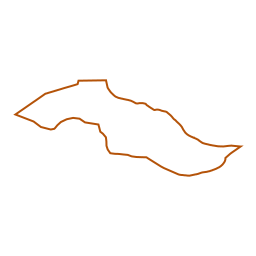 Goeree-Overflakkee, Zuid-Holland, Netherlands (Natural Earth projection)
{"feature_id": "6326949B86973189891179", "entity_name": "Goeree-Overflakkee", "entity_type": "district", "adm_level": 2, "iso_a3": "NLD", "parent_name": "Netherlands", "parent_adm1": "Zuid-Holland", "projection": "natural_earth1", "projection_center": [4.215, 51.751], "detail": "fine", "context": "isolated", "style": "outline", "palette": "amber", "viewbox_px": 256, "rotation_deg": 0, "n_neighbors": 0, "source": "geoboundaries", "source_scale": "gbopen_adm2", "svg_char_len": 4925}
<svg xmlns="http://www.w3.org/2000/svg" viewBox="0 0 256 256"><path d="M107.6,87.6L106.0,80.3L92.2,80.5L78.5,80.7L78.2,81.9L77.7,83.8L77.6,84.1L76.8,84.4L71.1,86.1L64.1,88.1L59.6,89.5L57.2,90.2L56.0,90.6L55.8,90.6L55.3,90.8L55.0,90.9L54.8,90.9L54.3,91.1L48.5,92.8L46.7,93.4L45.4,93.7L35.1,100.9L33.6,101.9L25.1,107.8L15.4,114.5L33.6,121.5L38.9,125.5L39.2,125.7L40.9,127.0L42.5,127.4L48.7,129.0L50.8,129.5L54.3,128.8L55.1,128.0L57.4,125.2L60.9,122.0L64.7,120.2L66.6,119.3L67.4,119.1L73.1,117.9L79.6,118.7L80.0,119.0L83.1,121.1L85.0,122.4L92.6,123.6L98.4,124.5L99.3,127.8L100.3,131.7L102.9,133.7L105.9,137.3L106.2,139.6L106.4,141.6L106.5,145.8L107.7,149.5L110.3,153.2L112.3,153.5L114.8,153.8L116.8,153.9L117.9,153.9L119.3,154.0L123.7,154.5L127.8,154.9L131.2,156.2L131.9,156.4L136.4,157.0L141.6,157.2L146.4,157.3L146.6,157.4L147.6,158.1L150.3,159.8L161.0,166.5L164.0,168.1L178.0,174.2L178.8,174.5L179.6,174.7L180.1,174.8L180.8,174.9L181.6,175.0L182.3,175.0L183.1,175.1L183.9,175.2L184.0,175.2L184.6,175.3L185.4,175.3L186.1,175.4L186.8,175.5L187.6,175.6L188.3,175.6L189.1,175.7L189.9,175.6L190.8,175.4L191.3,175.3L192.7,175.0L193.5,174.8L194.2,174.7L194.9,174.5L195.6,174.4L196.4,174.3L197.0,174.1L197.6,174.0L198.2,173.8L198.7,173.7L199.0,173.5L199.6,173.3L200.3,173.1L201.0,172.8L201.7,172.6L202.4,172.4L202.7,172.4L203.2,172.3L203.9,172.2L204.7,172.1L205.4,172.0L206.2,171.9L206.9,171.8L207.6,171.6L208.4,171.4L209.0,171.3L209.8,171.1L210.5,170.8L210.9,170.7L211.2,170.6L211.9,170.4L212.6,170.1L213.3,169.8L214.0,169.6L214.7,169.3L216.0,168.8L216.7,168.5L217.3,168.1L218.0,167.8L218.6,167.5L219.2,167.2L219.3,167.2L219.8,166.8L220.4,166.4L220.8,166.1L221.4,165.6L221.9,165.1L222.4,164.7L222.8,164.2L223.2,163.7L223.6,163.2L224.0,162.6L224.3,162.1L224.7,161.6L224.9,161.0L225.1,160.4L225.3,159.8L225.4,159.2L225.4,158.6L225.4,158.0L230.3,153.7L232.1,152.4L232.5,152.1L233.1,151.7L233.3,151.6L233.7,151.3L236.9,149.1L239.2,147.5L240.6,146.5L240.2,146.5L234.1,145.9L232.0,145.7L231.9,145.7L231.7,145.6L228.1,145.9L225.7,146.2L223.0,146.5L222.1,146.4L221.3,146.4L220.5,146.4L220.4,146.4L220.2,146.4L219.5,146.3L218.5,146.3L218.1,146.3L217.9,146.2L217.6,146.2L217.2,146.2L216.7,146.1L216.3,146.0L216.1,146.0L215.6,145.9L213.8,145.6L212.4,145.4L212.0,145.3L211.6,145.2L211.1,145.1L210.7,145.1L210.1,144.9L209.5,144.8L209.1,144.7L208.4,144.5L208.0,144.4L207.6,144.3L207.0,144.2L206.2,144.0L204.9,143.7L204.2,143.5L204.0,143.4L203.9,143.4L203.7,143.3L203.2,143.2L202.9,143.1L202.7,143.0L202.6,142.9L202.4,142.8L202.2,142.7L201.9,142.6L201.7,142.4L201.4,142.2L200.9,141.9L200.5,141.6L200.1,141.3L199.6,141.0L199.5,140.9L199.4,140.9L199.1,140.6L198.9,140.4L198.6,140.1L198.4,140.0L198.3,139.9L198.2,139.8L198.0,139.7L197.8,139.6L197.7,139.6L197.5,139.4L197.2,139.3L197.0,139.2L196.8,139.1L196.5,138.9L196.3,138.8L195.5,138.5L194.9,138.2L194.1,137.9L193.8,137.8L193.8,137.7L193.7,137.7L192.9,137.4L192.7,137.3L192.6,137.2L192.3,137.1L191.9,136.9L191.7,136.9L190.9,136.5L190.7,136.4L190.3,136.2L190.1,136.1L189.7,135.9L189.3,135.7L188.7,135.4L188.3,135.1L188.0,134.9L187.8,134.8L187.2,134.4L186.8,134.0L186.5,133.8L186.4,133.7L186.0,133.3L185.7,133.0L185.5,132.9L185.4,132.7L185.2,132.4L184.9,132.1L184.7,131.8L184.4,131.3L184.2,131.0L183.9,130.6L183.6,130.2L183.4,129.8L183.1,129.4L183.0,129.2L182.8,128.7L182.7,128.6L182.6,128.4L182.4,128.0L182.3,127.9L182.2,127.6L182.1,127.4L182.0,127.2L181.8,127.0L181.6,126.6L181.4,126.4L181.0,125.9L180.8,125.6L180.5,125.3L180.3,125.0L180.0,124.8L179.5,124.2L179.0,123.7L178.4,123.2L178.2,123.0L178.0,122.8L177.5,122.3L176.9,121.8L176.4,121.3L175.9,120.7L175.7,120.5L175.4,120.2L175.2,120.1L174.9,119.8L174.6,119.6L174.4,119.5L174.1,119.3L174.0,119.2L173.9,119.1L173.6,118.8L173.4,118.5L172.8,117.9L172.3,117.2L171.8,116.6L171.3,116.1L170.8,115.5L170.3,115.1L169.4,114.3L167.7,112.9L166.7,112.0L166.0,111.7L165.3,111.5L164.1,111.3L162.4,110.9L161.5,110.7L161.1,110.5L160.6,110.3L160.4,110.2L159.7,110.0L159.0,109.8L158.4,109.7L157.6,109.6L156.8,109.6L156.0,109.7L155.3,109.9L154.5,110.0L153.8,109.8L153.2,109.4L152.6,109.0L152.1,108.7L151.9,108.5L151.5,108.3L151.0,108.0L150.3,107.5L149.8,107.2L149.5,107.0L149.2,106.8L148.6,106.4L148.1,106.0L147.5,105.6L147.0,105.3L146.8,105.2L146.6,105.0L146.2,104.5L145.9,104.1L145.6,103.8L144.8,103.6L144.0,103.4L143.0,103.2L142.6,103.1L142.2,103.1L141.6,103.1L140.9,103.1L140.1,103.1L139.4,103.1L138.7,103.3L138.1,103.4L137.3,103.5L136.6,103.4L135.9,103.3L135.3,103.0L135.0,102.8L134.1,102.3L132.8,101.6L132.1,101.3L131.5,101.0L130.8,100.7L129.3,100.3L127.9,99.9L127.1,99.8L125.7,99.5L124.3,99.2L124.1,99.2L122.6,98.8L121.8,98.6L121.4,98.6L120.4,98.3L119.0,98.0L118.2,97.8L117.6,97.5L116.2,96.9L115.5,96.6L115.0,96.2L114.5,95.8L113.9,95.3L113.6,95.0L113.5,94.9L113.1,94.6L112.5,93.9L112.1,93.6L111.5,93.0L111.0,92.5L110.5,92.0L110.4,91.7L110.1,91.3L109.8,91.0L109.3,90.2L108.5,89.1L108.2,88.6L107.6,87.6Z" fill="none" stroke="#b45309" stroke-width="2"/></svg>